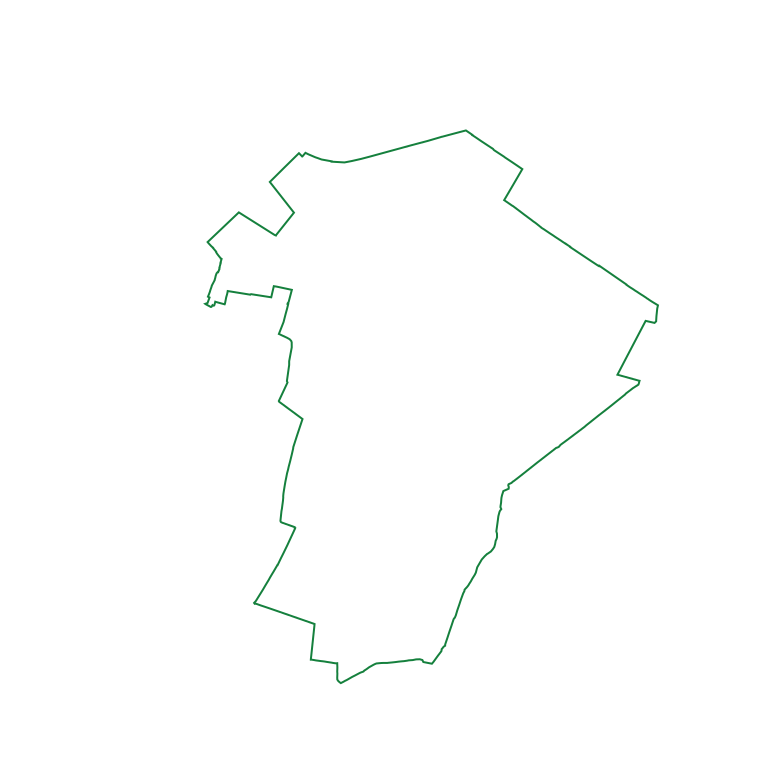 Corbeanca, Ilfov, Romania, rotated 223°
{"feature_id": "2599482B20388306931383", "entity_name": "Corbeanca", "entity_type": "district", "adm_level": 2, "iso_a3": "ROU", "parent_name": "Romania", "parent_adm1": "Ilfov", "projection": "mercator", "projection_center": [26.024, 44.599], "detail": "fine", "context": "isolated", "style": "outline", "palette": "green", "viewbox_px": 768, "rotation_deg": 223, "n_neighbors": 0, "source": "geoboundaries", "source_scale": "gbopen_adm2", "svg_char_len": 5398}
<svg xmlns="http://www.w3.org/2000/svg" viewBox="0 0 768 768"><g transform="rotate(223 384 384)"><path d="M237.3,628.4L237.8,628.3L240.7,627.7L243.5,627.1L245.6,626.7L247.4,626.4L248.2,626.3L249.1,626.2L249.7,626.0L250.8,625.9L251.6,625.8L252.7,625.6L253.2,625.5L254.1,625.4L256.6,624.9L260.0,624.3L261.4,624.1L263.9,623.6L266.6,623.2L270.2,622.5L273.6,622.0L274.5,621.9L274.6,622.1L288.2,620.1L307.3,617.3L307.2,616.8L308.6,616.5L313.3,615.7L315.6,615.3L340.6,611.2L341.4,611.1L341.5,611.4L343.5,611.0L345.8,610.7L345.7,610.6L347.2,610.3L347.6,610.3L350.4,609.8L352.6,609.5L354.1,609.2L355.5,609.0L356.5,608.8L358.9,608.4L359.4,608.3L360.2,608.2L361.6,608.0L365.5,607.3L368.7,606.8L373.1,606.1L373.9,605.9L375.7,605.6L376.2,605.7L376.4,605.7L377.0,605.6L377.7,605.5L378.8,605.5L379.5,605.4L381.1,605.3L383.3,605.1L385.9,604.7L388.4,604.5L391.8,604.1L394.7,603.8L396.3,603.6L400.4,603.2L406.1,602.6L411.0,602.1L411.5,601.9L421.5,600.4L424.9,615.6L429.4,635.5L441.6,633.6L450.0,632.2L451.3,632.1L462.9,630.1L463.5,630.1L464.0,630.2L464.5,630.3L478.1,628.0L484.6,627.0L488.8,626.3L489.1,626.2L489.2,626.5L497.0,625.3L500.0,620.6L505.9,611.2L510.1,604.5L510.6,603.9L510.8,603.4L517.8,591.6L526.8,577.3L549.4,540.7L554.2,533.1L559.7,525.0L564.0,519.1L573.9,510.9L574.1,511.2L582.8,505.6L586.6,504.0L588.8,503.0L596.0,500.4L598.7,499.6L599.1,499.5L599.0,497.3L598.9,494.9L599.0,494.6L603.4,494.8L603.6,494.8L604.5,474.4L605.3,453.9L566.7,447.9L564.5,419.6L564.3,418.9L565.6,418.4L577.8,416.1L607.2,410.5L609.8,367.5L608.3,367.3L604.2,367.0L602.2,367.1L602.2,366.9L597.0,366.3L596.9,366.0L595.3,365.5L593.1,365.1L590.4,364.7L588.9,364.6L588.8,364.4L588.1,364.7L587.8,364.2L586.2,361.0L585.9,361.1L585.2,359.7L583.9,357.2L583.7,356.8L583.4,356.8L582.8,355.5L582.6,355.5L581.6,352.8L582.0,352.7L581.9,350.7L580.9,348.4L579.5,346.0L579.0,344.9L578.7,344.6L577.7,341.0L577.2,339.1L576.8,338.0L576.6,337.8L576.0,336.5L575.2,334.6L574.8,333.8L574.2,332.6L573.2,330.2L572.7,328.9L572.3,327.8L570.6,328.3L568.3,322.9L569.4,320.7L568.7,320.8L563.3,322.2L563.2,322.3L562.9,322.6L562.8,323.0L563.2,324.7L562.5,324.8L562.1,325.0L561.9,325.3L561.8,325.5L561.9,325.8L561.9,326.1L563.5,329.1L563.2,329.2L554.9,333.6L555.0,333.9L555.1,334.3L555.4,334.7L555.6,335.1L558.3,339.4L558.8,340.3L559.6,341.9L560.4,343.4L561.7,345.4L542.9,358.0L543.0,358.2L542.4,359.1L525.6,370.5L531.3,380.4L528.6,382.2L515.6,390.0L509.7,379.0L509.5,377.3L509.2,376.8L508.6,377.2L506.2,372.9L503.9,368.5L499.7,360.8L498.2,357.0L495.0,348.9L486.4,351.7L483.5,352.4L481.2,352.2L479.9,351.5L476.4,347.8L468.9,336.0L466.3,333.2L457.0,319.9L455.6,319.3L449.3,299.8L448.5,299.5L419.7,302.8L412.6,287.3L407.3,276.0L406.4,274.8L403.5,269.8L399.8,263.2L397.4,258.7L395.8,256.0L394.0,252.6L391.7,248.9L389.5,245.3L387.6,242.4L384.6,237.9L382.9,235.4L381.9,234.1L381.2,233.2L380.3,232.3L378.4,229.9L376.9,227.8L375.5,225.8L373.7,223.3L372.3,221.1L366.5,213.4L365.8,212.9L365.3,212.8L364.9,212.8L363.5,213.3L351.7,218.4L351.2,217.9L350.7,218.1L350.5,217.7L344.8,200.3L342.1,191.5L340.6,186.4L338.3,179.0L338.5,178.9L338.4,178.6L338.2,177.6L336.8,171.4L336.4,169.4L335.4,164.8L334.7,162.1L334.0,158.7L333.4,155.9L332.3,151.0L329.7,137.8L329.7,135.3L328.6,135.1L328.4,135.4L327.8,136.0L325.7,136.9L322.9,138.1L320.3,139.3L315.0,141.7L306.0,145.7L271.1,161.1L269.7,159.3L263.0,150.4L252.0,135.8L250.0,133.1L249.5,132.5L248.7,133.2L246.9,134.4L245.3,135.4L243.2,136.9L241.2,138.3L239.6,139.5L238.2,140.5L235.9,142.0L234.6,142.9L233.4,143.7L232.1,144.6L231.1,145.2L230.1,145.9L229.2,146.5L228.5,147.1L227.8,147.9L224.8,144.9L222.7,142.5L222.0,141.7L220.6,140.4L218.0,137.4L216.6,136.0L215.0,135.6L213.9,135.6L213.6,135.6L212.4,135.7L211.6,135.8L210.9,137.7L210.6,138.5L210.0,140.5L209.5,141.7L209.1,142.9L208.3,145.5L207.5,148.1L206.5,150.8L204.7,156.0L204.4,156.8L203.8,158.0L203.2,159.1L202.9,159.8L203.0,160.8L202.3,163.5L201.7,166.7L201.0,168.9L200.5,170.5L200.0,172.0L199.4,173.5L198.9,174.5L195.7,178.1L194.2,179.6L192.7,181.0L191.4,182.2L191.0,182.7L188.0,186.1L186.1,188.3L183.8,191.1L181.7,193.5L180.5,194.8L178.4,197.4L177.4,198.8L174.7,201.7L172.7,204.5L170.1,207.1L167.7,208.3L165.6,207.5L158.2,212.1L158.3,214.4L158.7,217.6L159.2,221.6L159.8,227.5L159.9,227.9L160.2,228.3L161.0,229.5L161.0,229.8L161.0,230.5L161.1,231.2L161.2,232.7L160.8,234.3L161.6,235.2L163.1,238.5L164.5,241.6L167.2,247.4L169.7,253.0L172.7,259.5L172.9,260.7L172.8,261.3L173.7,263.8L176.0,268.4L178.4,273.8L180.8,279.0L183.3,284.9L184.0,287.4L184.8,288.6L184.8,292.3L185.0,294.4L185.3,295.6L185.9,299.0L186.6,301.6L187.6,306.8L188.0,307.8L188.1,308.5L190.8,313.5L192.8,322.3L192.9,326.6L192.7,330.0L192.5,330.4L191.6,334.4L191.8,337.7L192.2,340.0L193.5,342.6L195.4,345.5L195.9,347.2L196.8,349.0L199.3,351.6L200.6,352.4L201.4,352.9L201.6,353.2L208.1,362.4L210.2,365.3L212.3,369.2L212.7,370.4L212.9,372.5L214.8,373.3L215.6,374.3L217.4,377.0L219.9,380.1L220.5,380.9L221.8,383.1L223.7,387.1L221.4,392.4L222.4,393.7L224.1,394.7L224.5,395.7L223.3,398.6L223.2,400.6L223.0,400.9L221.9,407.4L218.3,431.2L214.5,454.7L213.8,455.9L213.3,457.2L213.4,460.0L211.9,467.9L208.1,489.5L207.9,491.7L205.5,507.9L203.7,518.9L202.5,527.1L200.5,540.8L200.6,541.9L199.1,550.8L197.5,557.0L198.0,558.2L199.2,560.4L199.3,560.6L199.6,560.4L219.6,550.0L224.3,567.0L228.3,581.6L235.7,608.6L227.8,613.2L227.7,615.4L231.0,619.4L235.6,625.5L237.3,628.4Z" fill="none" stroke="#15803d" stroke-width="2"/></g></svg>